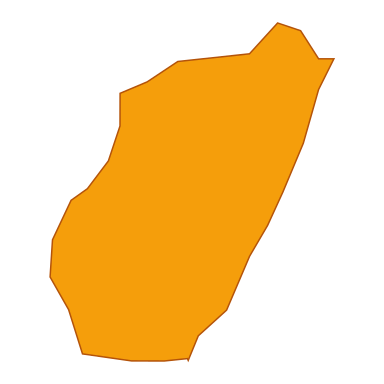 Sotenäs, Västra Götaland, Sweden
{"feature_id": "70781695B30860810516281", "entity_name": "Sotenäs", "entity_type": "district", "adm_level": 2, "iso_a3": "SWE", "parent_name": "Sweden", "parent_adm1": "Västra Götaland", "projection": "albers", "projection_center": [11.361, 58.424], "detail": "fine", "context": "isolated", "style": "filled", "palette": "amber", "viewbox_px": 384, "rotation_deg": 0, "n_neighbors": 0, "source": "geoboundaries", "source_scale": "gbopen_adm2", "svg_char_len": 463}
<svg xmlns="http://www.w3.org/2000/svg" viewBox="0 0 384 384"><path d="M120.1,93.3L120.0,126.0L108.4,160.9L87.4,188.7L71.1,200.3L52.5,239.8L50.1,277.0L68.6,309.6L82.5,353.9L131.5,360.9L164.1,361.0L187.4,358.6L188.2,360.4L198.3,335.8L226.6,310.1L249.6,256.2L267.6,225.4L282.9,192.0L303.3,143.3L318.6,89.5L333.9,58.8L318.6,58.8L300.6,30.7L291.7,27.7L277.6,23.0L249.5,53.8L177.8,61.5L147.1,81.9L120.1,93.3Z" fill="#f59e0b" stroke="#b45309" stroke-width="1.5"/></svg>